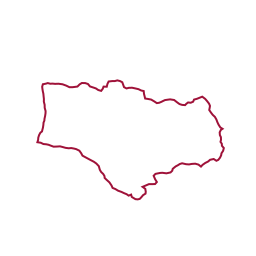 Mateus Leme, Minas Gerais, Brazil (Equal Earth projection), rotated 116°
{"feature_id": "56859067B3328901062770", "entity_name": "Mateus Leme", "entity_type": "district", "adm_level": 2, "iso_a3": "BRA", "parent_name": "Brazil", "parent_adm1": "Minas Gerais", "projection": "equal_earth", "projection_center": [-44.439, -20.031], "detail": "fine", "context": "isolated", "style": "outline", "palette": "rose", "viewbox_px": 256, "rotation_deg": 116, "n_neighbors": 0, "source": "geoboundaries", "source_scale": "gbopen_adm2", "svg_char_len": 2417}
<svg xmlns="http://www.w3.org/2000/svg" viewBox="0 0 256 256"><g transform="rotate(116 128 128)"><path d="M76.2,62.9L74.2,63.4L72.2,64.0L70.6,65.8L69.2,68.6L68.0,71.4L67.3,75.0L69.4,76.9L71.6,78.9L73.5,81.1L75.8,81.0L77.8,82.7L78.7,85.2L80.7,86.2L82.4,86.7L83.5,89.5L83.9,92.2L83.4,95.1L82.6,98.8L83.8,102.7L85.4,105.1L86.7,107.0L88.3,108.3L89.9,109.5L91.7,111.1L93.0,113.0L92.6,115.9L92.3,119.7L93.2,123.0L94.0,125.5L92.3,126.9L90.3,128.6L87.9,130.1L88.5,132.5L88.5,135.6L89.3,139.1L90.0,141.9L91.4,144.7L93.1,146.7L93.0,149.5L91.5,151.0L89.4,153.2L89.3,155.7L89.9,158.5L91.6,160.4L92.7,162.7L94.7,165.8L97.4,165.8L100.2,165.2L101.5,168.1L103.8,167.9L106.4,168.4L106.9,171.4L106.5,174.2L106.8,176.7L107.3,180.4L106.0,183.3L106.4,186.2L107.8,189.2L110.0,190.6L112.9,191.6L114.5,194.0L115.8,196.0L117.0,198.5L117.0,202.1L117.4,206.0L118.7,209.9L120.3,212.9L121.2,215.3L122.3,217.3L122.8,219.8L124.2,221.3L126.0,223.7L128.6,223.2L130.6,221.9L132.3,220.7L134.3,219.1L136.6,217.7L138.8,216.3L141.2,215.2L143.7,213.1L146.4,211.7L148.9,209.5L150.9,208.6L153.4,207.8L156.3,207.1L158.1,206.4L160.1,206.3L162.4,205.4L165.0,204.6L167.0,204.2L168.8,203.8L170.7,204.7L173.4,204.8L176.0,204.4L178.0,203.6L180.5,203.2L179.5,200.0L179.5,197.0L178.5,194.4L177.9,192.1L177.7,189.6L177.4,186.7L175.8,183.7L174.3,181.1L173.8,178.7L173.2,175.4L172.2,172.4L170.9,170.2L170.2,167.7L169.7,165.4L169.7,161.8L171.2,159.0L172.8,156.8L173.0,152.5L173.2,147.6L173.3,143.9L173.8,140.9L175.1,137.5L177.9,135.0L179.3,132.9L180.2,130.1L181.5,128.1L183.1,127.1L183.9,124.7L185.0,120.9L186.9,117.6L188.6,115.6L188.4,112.6L188.7,109.5L188.3,105.7L188.3,103.2L188.1,100.2L188.5,97.8L186.5,96.0L188.3,94.4L188.7,90.2L187.9,88.0L186.6,86.4L184.5,85.7L181.7,85.0L179.3,83.5L177.5,84.1L175.1,85.8L174.5,89.1L171.5,86.5L169.3,84.6L168.2,82.3L166.5,79.1L163.9,78.4L162.2,81.1L159.7,84.0L157.2,83.2L155.8,81.4L154.3,79.4L153.2,77.5L151.9,73.6L149.3,70.3L147.0,69.5L145.1,69.9L143.3,69.1L141.6,68.3L139.4,66.7L137.7,65.7L136.0,63.9L135.1,60.0L134.0,57.2L132.3,54.9L130.6,51.9L130.0,48.6L130.7,45.5L128.4,44.8L125.5,43.2L123.0,41.3L120.6,40.3L118.3,37.4L118.7,34.2L117.1,32.9L114.4,32.3L111.7,32.3L109.8,32.9L106.8,32.5L104.0,33.1L102.8,35.8L101.0,36.8L99.9,38.8L97.9,39.2L95.5,40.5L94.1,42.3L91.7,43.7L89.0,43.7L87.3,42.7L87.0,45.3L85.2,48.2L83.5,50.3L81.6,52.3L79.9,54.8L79.0,57.7L77.7,60.3L76.2,62.9Z" fill="none" stroke="#9f1239" stroke-width="2"/></g></svg>